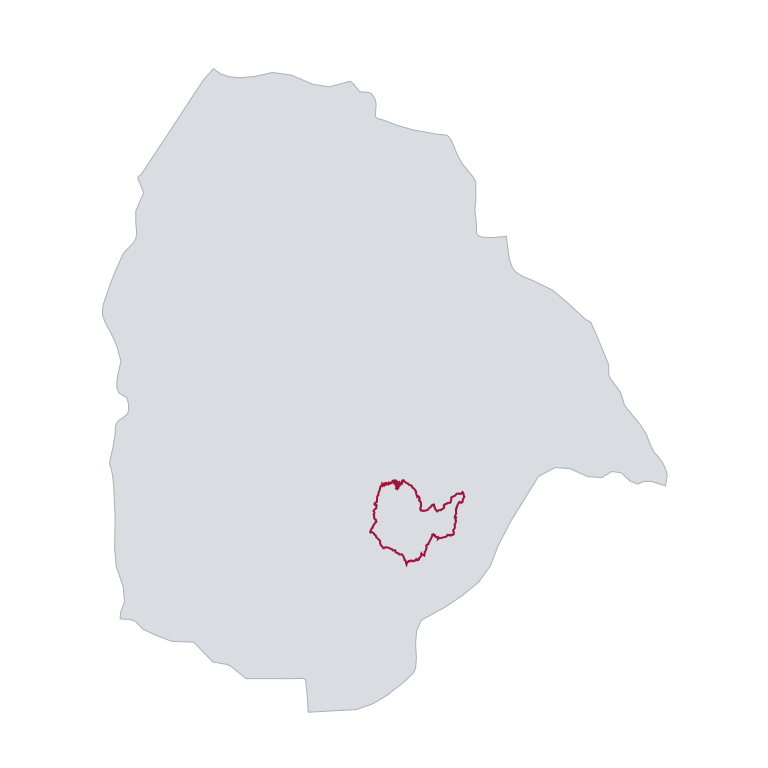 Gokwe North, Midlands, Zimbabwe (highlighted), rotated 177°
{"feature_id": "62879985B87269615821372", "entity_name": "Gokwe North", "entity_type": "district", "adm_level": 2, "iso_a3": "ZWE", "parent_name": "Zimbabwe", "parent_adm1": "Midlands", "projection": "equal_earth", "projection_center": [28.8, -17.557], "detail": "fine", "context": "in_parent", "style": "outline", "palette": "rose", "viewbox_px": 768, "rotation_deg": 177, "n_neighbors": 0, "source": "geoboundaries", "source_scale": "gbopen_adm2", "svg_char_len": 8204}
<svg xmlns="http://www.w3.org/2000/svg" viewBox="0 0 768 768"><g transform="rotate(177 384 384)"><path d="M537.7,707.8L531.3,702.4L522.6,698.9L511.5,697.3L497.0,697.9L479.2,700.9L460.2,697.3L439.9,687.2L423.0,683.6L402.8,688.0L401.9,688.1L398.4,684.7L392.9,677.2L383.7,675.9L381.2,674.2L379.1,671.4L377.8,667.9L377.2,664.0L378.7,651.8L377.9,650.4L375.5,649.0L370.4,647.5L358.3,642.0L343.0,636.6L318.2,630.7L308.5,629.2L306.3,627.4L303.5,622.9L298.7,608.8L294.2,599.6L283.5,585.2L281.8,580.8L282.3,569.4L283.0,560.2L284.2,552.4L283.6,545.1L283.4,536.0L283.8,529.9L282.3,527.3L278.4,525.5L267.4,524.6L254.0,525.0L253.5,515.8L252.2,501.5L249.7,493.2L246.6,488.9L240.4,484.5L227.9,478.4L210.9,469.0L196.3,455.3L179.6,438.1L174.4,435.1L168.2,419.0L158.6,391.4L159.2,382.2L157.8,377.7L148.6,364.1L146.5,357.1L144.9,349.9L130.2,330.0L125.2,321.3L121.4,310.2L117.6,301.2L114.4,297.6L110.2,291.5L107.3,284.6L106.0,279.4L107.0,272.5L108.4,267.7L122.2,272.7L129.8,273.1L135.7,270.7L143.0,273.9L151.8,283.0L161.3,284.7L171.5,279.1L185.4,280.8L202.9,289.8L217.4,291.6L234.6,283.6L249.9,261.5L264.4,240.6L278.5,216.6L287.1,197.1L299.7,181.3L316.3,169.1L333.2,158.8L359.1,146.1L364.3,135.7L366.0,124.3L366.0,108.5L367.4,98.2L370.1,93.5L374.4,89.9L380.0,85.2L397.1,73.1L411.4,65.4L428.9,60.3L448.0,60.3L466.4,60.2L476.8,60.2L477.0,75.4L477.7,92.6L479.8,94.3L493.6,94.6L515.8,95.9L537.2,97.0L550.8,109.4L555.3,112.1L569.5,115.4L587.6,136.2L609.3,138.1L624.3,144.6L637.5,151.7L645.0,160.2L649.9,162.1L656.6,162.8L659.8,163.5L659.0,169.7L654.5,180.1L655.0,194.9L660.9,215.5L661.6,233.5L659.5,265.0L659.3,295.6L659.8,306.5L660.8,313.7L662.0,317.6L661.7,322.1L658.0,334.9L655.0,348.4L654.8,353.8L653.7,357.6L651.5,360.9L642.0,367.1L640.3,371.0L640.3,377.9L641.5,383.8L645.0,385.9L649.3,389.2L650.9,393.6L650.9,398.2L649.4,406.7L645.5,420.8L649.2,437.1L653.3,447.6L659.1,459.7L661.4,467.2L661.3,472.6L660.3,477.8L651.4,500.0L644.9,513.8L637.1,528.6L626.9,537.8L624.2,542.3L623.1,547.3L623.4,558.4L622.8,569.9L614.0,587.7L619.2,602.9L618.0,604.3L615.0,606.5L602.4,623.7L589.6,641.0L580.3,653.7L569.7,668.1L557.9,684.3L547.7,698.0L537.7,707.8Z" fill="#d9dde1" stroke="#a8b0b8" stroke-width="1"/><path d="M311.2,272.0L311.6,271.8L312.6,270.3L314.1,270.2L314.7,270.8L315.8,270.5L316.4,270.7L317.2,270.5L317.7,270.3L318.0,269.7L318.7,268.8L320.4,268.4L321.4,267.6L322.6,267.4L322.8,267.0L322.9,265.3L323.4,263.2L324.2,261.9L326.5,261.9L327.2,261.3L328.7,261.1L328.9,260.6L329.6,260.3L330.1,260.4L330.3,260.3L330.6,259.7L330.5,258.4L330.6,257.1L331.3,256.6L331.6,256.6L333.0,255.8L333.7,255.0L335.7,255.2L337.6,253.9L339.4,256.2L339.2,256.5L339.7,258.2L340.0,258.7L340.6,259.1L340.3,260.0L340.3,260.7L340.5,261.1L342.2,260.7L343.1,259.6L343.5,259.3L343.8,258.7L345.4,257.7L346.9,256.0L349.8,255.3L350.9,255.4L351.4,255.1L352.3,255.6L353.8,255.7L353.9,256.1L353.8,257.3L353.9,257.5L354.3,257.5L354.2,258.2L353.2,260.5L353.5,261.3L353.4,261.7L353.6,262.2L353.3,262.9L353.5,264.3L354.0,264.7L354.4,265.4L354.7,265.3L355.2,266.1L354.8,267.4L354.3,267.7L354.6,268.5L354.8,268.8L354.9,269.5L355.4,270.1L356.5,269.6L356.4,270.1L357.0,270.6L357.6,272.9L357.7,273.5L357.5,273.9L357.9,274.5L357.8,274.9L357.9,275.8L358.6,276.2L358.9,277.2L359.6,278.1L361.0,278.9L361.3,279.6L361.2,280.0L361.7,280.9L362.2,281.3L362.6,281.2L363.2,281.7L364.3,282.1L364.5,282.2L364.6,282.6L365.5,283.2L365.5,283.5L365.9,283.5L367.6,284.6L368.7,285.7L369.4,286.9L369.7,287.0L370.2,286.8L370.2,286.2L370.4,285.8L371.1,286.1L371.3,285.4L371.6,285.1L371.6,284.5L371.5,284.4L371.1,284.5L371.1,284.3L371.4,284.1L371.6,283.1L371.9,283.1L372.0,283.3L371.8,284.1L371.9,284.4L372.2,284.3L372.3,283.9L372.7,284.4L372.5,283.5L372.7,283.4L373.0,283.7L372.8,283.4L373.1,283.1L373.3,283.2L373.4,282.6L373.7,282.9L373.8,283.5L374.0,283.0L373.9,282.6L374.3,282.5L374.0,281.8L374.6,281.6L374.7,280.9L374.9,280.8L374.8,280.3L375.1,279.4L375.9,278.6L376.1,279.2L377.1,278.7L377.5,278.9L377.5,279.3L377.1,279.8L376.4,279.4L376.0,279.7L376.2,280.2L376.2,280.5L377.3,281.3L377.6,282.2L377.4,282.4L376.3,281.8L376.5,282.7L376.7,283.2L376.6,283.4L376.2,283.3L375.7,283.5L375.7,283.8L376.3,283.7L376.4,284.1L375.8,285.0L376.2,284.9L376.4,285.4L376.6,284.8L377.2,284.0L377.6,284.1L378.3,283.7L378.5,284.0L378.0,285.0L378.3,285.2L378.7,285.0L378.5,285.5L378.0,286.0L377.4,286.6L377.0,286.7L377.2,286.9L378.3,286.7L378.5,286.8L378.5,287.2L379.0,287.3L379.3,286.9L379.4,287.0L379.8,286.8L379.8,286.6L380.2,286.6L380.3,286.2L380.4,286.3L380.5,286.0L380.9,286.1L381.0,285.7L381.5,285.4L381.4,285.2L381.6,285.0L381.6,284.8L381.9,284.7L382.0,285.1L382.3,285.0L382.5,284.7L382.6,284.9L382.9,285.0L383.2,284.7L383.2,284.4L383.7,284.5L383.8,284.7L383.6,284.7L383.5,285.0L384.1,285.4L384.6,284.6L384.6,284.1L384.8,284.0L384.9,283.7L385.0,283.8L385.0,284.2L385.3,284.5L385.4,284.4L385.2,284.1L385.3,283.9L386.0,283.9L386.3,284.8L386.3,283.8L386.8,283.6L386.8,284.0L386.6,283.9L386.5,284.2L386.7,284.3L386.7,285.0L386.9,285.2L387.3,285.0L387.1,284.6L387.3,284.0L387.7,284.3L387.8,284.1L387.7,283.8L387.9,283.8L388.1,284.4L388.3,284.5L388.3,283.8L388.7,283.9L388.7,283.5L388.4,283.5L389.0,283.1L389.3,283.4L389.3,283.2L389.4,283.3L389.6,283.0L390.3,283.9L390.8,283.7L391.0,284.1L391.2,283.0L391.4,283.3L391.7,283.1L391.4,282.7L392.0,282.7L393.2,281.0L394.0,277.9L395.2,275.6L395.4,274.8L395.3,273.6L396.6,272.3L397.2,267.9L397.1,267.1L397.6,266.3L398.9,266.0L399.7,265.0L399.8,264.5L399.7,264.0L399.2,263.7L398.7,264.0L398.3,263.9L397.8,263.4L397.7,262.7L398.2,261.8L398.1,260.6L398.2,260.3L400.2,259.1L401.1,257.7L401.1,257.4L400.5,256.8L400.3,255.6L400.3,255.3L401.0,254.7L401.2,254.1L400.7,253.4L400.8,252.9L400.7,251.6L400.9,250.7L399.9,249.0L399.3,249.0L398.8,246.9L399.5,246.2L400.2,246.0L401.0,244.5L402.6,242.6L402.8,242.1L402.6,241.2L403.4,240.8L404.4,239.5L405.3,237.6L405.4,236.3L405.2,236.2L404.3,236.8L403.8,236.8L402.2,235.7L401.6,234.3L400.5,233.6L400.1,232.9L399.8,231.4L399.2,231.1L397.4,228.9L396.4,228.0L396.1,227.0L396.3,225.3L395.8,224.1L395.7,223.2L394.3,221.9L393.6,220.5L393.1,220.0L392.6,219.9L391.7,220.7L391.2,220.8L389.6,220.7L387.9,220.2L385.5,218.8L384.7,218.7L384.5,218.2L383.9,217.3L381.5,217.4L381.4,217.1L381.3,216.0L381.1,215.3L380.4,215.2L379.5,214.3L378.3,214.1L377.6,212.9L375.3,213.0L374.7,212.6L374.3,211.8L373.6,210.9L373.1,208.7L372.7,208.0L372.6,207.2L372.1,207.1L371.8,206.7L371.4,204.7L371.4,204.0L370.9,202.6L370.3,204.5L369.8,205.0L369.2,204.9L368.5,205.5L368.5,205.9L368.1,206.1L366.6,205.6L366.2,206.3L365.9,206.1L365.6,206.2L364.4,205.8L364.3,205.5L363.6,205.5L362.2,206.0L362.1,206.5L361.8,206.7L361.5,206.3L361.3,206.4L361.0,207.0L360.8,206.6L360.5,206.5L360.3,207.1L360.1,207.1L359.9,207.1L359.5,206.4L359.0,206.7L358.7,206.6L358.3,206.9L358.3,207.4L357.9,208.4L357.3,208.5L357.1,209.0L356.6,209.6L355.8,210.2L355.6,210.8L355.7,211.1L355.7,212.0L355.5,211.9L355.4,212.1L355.4,211.8L355.2,211.6L355.0,211.8L355.0,212.1L354.8,211.8L354.1,211.4L353.7,211.4L352.7,210.6L352.5,211.6L352.6,211.8L352.0,213.6L352.2,214.1L351.7,214.4L350.4,217.0L350.4,217.6L349.9,219.0L350.4,220.2L350.3,220.4L349.7,221.1L349.1,221.5L348.6,221.4L348.1,221.7L347.7,223.0L347.1,223.7L346.9,224.4L344.9,227.5L344.4,228.8L343.6,229.8L343.2,230.0L343.3,230.4L343.7,230.9L343.4,231.1L342.9,231.2L342.6,230.9L342.4,231.1L342.2,230.9L342.1,231.1L341.0,229.6L340.8,229.7L340.7,228.9L340.4,228.5L339.5,228.5L339.0,228.2L338.6,228.3L338.8,227.8L337.8,227.1L338.0,226.5L337.3,227.0L337.5,227.7L336.0,227.1L329.8,228.3L329.0,229.4L328.8,229.2L328.6,229.3L328.1,230.0L327.8,229.7L327.2,229.6L326.4,229.9L325.9,229.3L325.4,229.8L325.1,229.9L324.7,229.3L323.6,229.9L323.1,229.8L322.8,230.0L322.6,229.9L322.3,230.2L322.1,232.3L322.6,233.6L322.6,234.2L320.9,236.5L320.6,238.3L320.9,239.9L320.2,240.7L320.0,241.3L319.6,242.0L319.6,243.4L319.3,243.7L319.7,245.4L319.1,246.8L320.1,246.7L320.3,246.8L320.3,247.2L319.6,249.3L318.8,250.6L318.7,253.7L318.8,254.7L318.5,255.1L318.6,255.5L318.4,255.7L318.3,256.2L317.6,256.7L317.9,257.3L317.7,258.2L317.0,258.8L316.5,260.1L314.9,262.3L314.6,262.4L313.9,261.6L313.0,261.3L312.5,261.9L311.9,262.0L311.6,262.8L311.4,263.0L311.6,263.6L311.4,264.3L309.7,267.3L310.0,267.6L310.5,270.7L311.2,272.0Z" fill="none" stroke="#9f1239" stroke-width="2"/></g></svg>